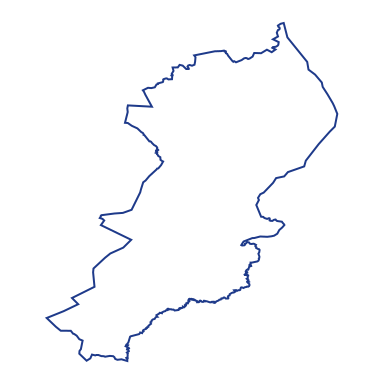 Pasienes pag., Zilupes, Latvia (Equal Earth projection)
{"feature_id": "27541924B2510682390951", "entity_name": "Pasienes pag.", "entity_type": "district", "adm_level": 2, "iso_a3": "LVA", "parent_name": "Latvia", "parent_adm1": "Zilupes", "projection": "equal_earth", "projection_center": [28.149, 56.234], "detail": "fine", "context": "isolated", "style": "outline", "palette": "blue", "viewbox_px": 384, "rotation_deg": 0, "n_neighbors": 0, "source": "geoboundaries", "source_scale": "gbopen_adm2", "svg_char_len": 5997}
<svg xmlns="http://www.w3.org/2000/svg" viewBox="0 0 384 384"><path d="M100.9,225.1L131.2,239.8L123.3,247.6L110.3,253.5L105.0,257.8L93.5,268.5L93.1,272.3L94.5,286.8L72.0,298.0L78.2,304.2L63.6,311.2L46.7,318.0L55.8,326.7L60.7,330.7L70.8,330.8L73.1,333.7L74.2,334.0L76.7,335.7L79.3,339.2L82.6,340.6L80.9,349.1L79.5,351.0L79.3,353.7L86.6,360.7L90.3,358.4L92.0,354.6L95.3,355.4L96.3,355.0L98.4,355.0L101.3,356.1L103.8,356.2L105.1,356.7L109.9,355.9L113.2,356.2L114.4,357.2L115.2,358.9L117.4,359.8L121.5,359.3L127.3,361.0L127.3,359.2L127.6,358.5L126.6,358.3L126.3,357.9L127.5,357.3L127.7,354.9L127.5,354.0L127.8,353.5L126.9,352.5L128.8,351.3L128.7,350.7L128.0,349.9L127.0,349.5L127.3,348.6L128.6,348.7L129.0,348.3L128.7,347.9L127.4,347.9L127.2,347.5L127.3,346.9L126.3,346.5L127.3,346.0L128.0,345.2L127.5,345.0L126.9,345.3L126.1,345.2L126.4,344.6L127.4,344.2L127.4,343.6L128.3,342.6L130.1,336.7L130.7,336.3L139.1,334.1L140.0,333.1L140.2,332.5L142.1,333.1L142.4,332.2L143.5,331.4L143.0,330.6L143.3,330.1L145.1,329.2L145.9,329.0L146.2,328.7L146.1,328.2L147.1,328.0L147.3,327.7L147.2,327.2L148.4,326.8L148.4,325.8L151.0,323.8L150.6,323.1L150.5,322.2L151.5,321.7L151.6,320.6L152.7,319.5L154.7,318.9L155.5,317.5L156.3,316.9L157.3,316.8L156.9,316.4L156.4,315.2L159.0,313.7L159.7,312.8L161.9,313.2L161.9,312.5L163.8,311.5L165.3,311.1L165.8,310.4L167.5,310.1L167.2,309.4L167.4,308.9L168.0,308.7L168.8,308.9L169.6,309.4L171.0,309.2L171.9,309.6L173.6,309.6L174.6,310.5L178.5,310.0L178.5,309.5L179.3,309.1L179.0,308.9L179.4,308.2L180.0,308.0L180.2,308.4L179.9,308.7L180.5,308.7L181.1,308.0L182.0,308.0L182.2,307.6L183.2,307.4L183.1,306.8L184.0,307.3L185.2,306.3L185.0,305.7L185.7,305.7L186.0,305.3L186.2,304.7L185.7,304.3L186.5,303.8L186.5,303.2L187.2,303.2L187.4,302.8L188.0,303.1L188.4,302.0L189.1,301.5L188.5,301.0L188.3,300.4L188.9,299.1L189.4,298.8L189.9,298.9L189.7,299.4L190.0,299.7L190.3,299.6L190.4,299.0L191.3,298.8L191.8,299.0L191.8,299.6L192.1,299.8L192.5,299.8L192.7,299.1L193.4,299.2L194.5,299.7L194.4,300.2L195.7,300.4L196.3,301.0L196.9,301.1L196.7,301.6L197.0,302.1L197.9,301.5L198.6,301.8L198.4,302.2L198.8,302.2L199.7,301.6L199.9,300.7L200.2,300.6L201.0,300.9L202.1,301.9L203.2,301.9L204.0,301.3L204.0,300.8L204.6,300.8L205.0,300.9L205.2,301.4L206.5,301.2L210.2,302.4L211.5,301.9L211.9,302.2L212.1,301.8L214.0,301.7L214.4,301.9L214.2,302.8L214.8,302.9L215.3,302.6L216.3,301.4L218.6,300.5L219.3,299.7L220.8,299.5L221.4,298.4L222.6,298.5L223.5,297.6L224.5,297.5L225.7,298.5L228.1,298.5L228.4,298.1L227.9,296.8L228.3,295.9L229.6,295.4L229.7,294.2L231.6,293.0L232.9,292.5L233.7,292.6L235.5,291.5L235.5,291.0L234.3,290.6L234.1,290.3L236.2,290.1L237.2,290.8L238.4,290.2L239.5,290.2L240.2,289.9L240.8,287.8L241.2,287.4L241.9,287.4L243.5,288.0L244.7,287.3L246.6,286.9L247.1,286.5L248.1,286.7L249.1,286.1L249.5,285.1L249.4,284.2L247.7,282.5L248.8,281.9L248.5,281.7L247.4,281.8L247.2,281.6L247.5,281.2L249.2,280.9L248.4,280.7L248.5,280.2L246.8,278.8L247.8,278.2L247.6,276.3L248.2,275.8L248.2,275.4L247.6,275.0L244.8,275.0L244.6,274.6L245.4,274.0L246.1,274.0L246.6,273.4L246.7,272.8L247.3,272.6L247.3,272.3L246.6,271.6L245.8,271.9L245.7,271.4L246.6,270.0L247.1,269.7L248.2,269.7L248.4,269.3L248.1,269.0L248.6,268.6L249.2,266.7L251.2,266.0L251.0,265.3L249.6,264.8L250.7,263.5L250.6,262.6L251.9,262.6L257.5,261.4L258.5,260.6L259.0,259.3L258.8,258.4L259.3,257.9L259.4,256.5L258.4,253.7L259.2,252.4L259.6,250.0L259.2,249.3L258.1,249.0L256.2,248.0L256.3,247.2L255.5,246.5L255.3,246.1L256.0,244.9L254.2,243.9L253.4,243.7L251.5,244.0L250.1,243.8L249.8,243.6L249.1,242.5L247.5,242.1L246.9,242.3L246.1,243.3L245.0,243.7L245.1,244.6L244.3,245.3L242.1,245.5L241.3,245.1L242.4,243.3L243.6,241.5L252.3,238.1L254.4,238.0L260.2,236.5L267.3,236.8L271.4,236.3L274.1,235.7L277.3,233.7L279.3,230.0L282.2,227.5L284.4,225.0L284.2,224.5L282.5,222.6L281.9,221.7L277.1,221.0L276.0,220.2L275.7,219.6L275.4,219.5L273.8,219.9L272.4,220.9L270.5,220.8L269.6,220.4L269.8,219.0L269.5,218.3L269.0,218.2L267.1,218.9L264.4,218.0L263.3,216.9L261.1,216.7L256.3,205.0L258.9,200.0L258.0,197.9L260.3,194.2L263.7,192.6L273.1,182.8L276.1,178.1L284.2,176.4L287.9,172.1L304.2,166.4L305.8,160.7L318.7,144.1L329.8,131.6L334.8,126.6L337.3,113.9L334.2,106.2L332.7,103.1L327.5,94.3L322.7,86.9L321.8,82.5L315.1,74.6L308.5,69.6L307.2,61.9L287.4,37.4L283.7,23.0L280.6,23.8L277.9,25.6L278.4,26.8L279.5,27.5L279.7,28.8L279.2,29.5L277.9,30.1L276.8,32.7L278.0,36.5L273.0,39.3L278.7,42.1L278.3,44.8L277.5,45.8L275.7,46.8L272.9,47.1L272.3,47.8L275.5,49.5L271.7,52.2L266.9,49.7L261.1,53.2L254.2,53.0L252.6,56.6L249.5,58.6L248.1,59.0L246.6,58.1L245.4,58.0L244.0,58.4L241.6,60.1L236.0,62.3L234.2,61.2L233.5,61.3L233.2,61.7L232.3,60.9L228.0,55.5L227.2,53.9L225.9,53.2L225.9,52.1L225.5,52.2L224.8,51.6L225.0,51.2L224.5,51.2L224.5,50.8L224.1,50.6L221.1,51.1L214.8,51.3L194.2,55.4L195.5,57.2L195.1,61.6L194.5,64.7L192.0,65.7L189.7,65.0L188.2,65.5L187.5,66.6L188.8,68.5L188.7,69.0L186.2,69.0L182.7,65.6L179.6,64.9L177.8,67.4L172.6,67.5L173.5,70.9L171.8,73.7L172.3,74.5L172.1,74.6L172.7,75.2L172.6,75.5L171.8,75.8L172.2,76.1L172.0,79.2L168.4,79.4L166.8,78.4L165.6,78.5L163.5,79.2L163.2,79.5L163.3,80.8L162.8,82.1L157.9,83.4L158.0,84.0L156.5,84.5L154.8,87.3L151.3,88.1L148.0,87.8L142.9,90.3L143.9,91.6L145.4,94.8L151.9,106.7L127.9,105.4L127.3,108.4L127.7,111.8L127.6,112.5L125.0,122.8L127.8,123.0L131.8,125.8L137.4,128.4L141.4,132.2L142.8,132.9L143.9,134.6L143.7,134.9L144.5,135.3L149.4,141.4L150.2,141.3L151.1,141.8L151.9,142.9L154.0,145.0L156.0,146.1L157.2,147.5L157.0,148.6L158.2,150.0L157.7,150.5L156.3,150.3L156.0,150.5L155.9,151.1L156.1,151.4L156.7,151.4L156.6,151.8L157.0,152.2L156.0,152.9L157.1,153.4L157.0,154.2L157.6,154.6L158.2,155.9L160.3,157.2L160.5,159.8L162.2,161.1L163.1,161.5L161.1,165.1L158.3,168.4L157.1,168.6L156.5,169.5L149.3,176.1L145.6,180.5L143.2,182.3L140.9,189.6L140.2,192.4L131.6,209.8L122.9,212.9L114.5,213.5L101.4,215.2L100.8,215.8L100.8,216.5L99.8,218.0L102.5,218.9L104.2,220.5L100.9,225.1Z" fill="none" stroke="#1e3a8a" stroke-width="2"/></svg>